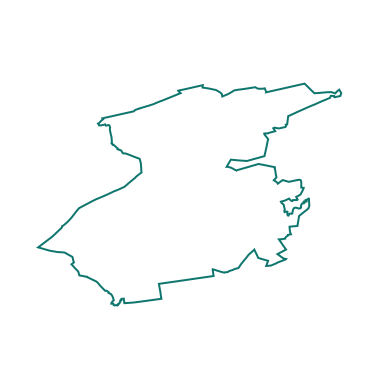 Viesatu pag., Jaunpils, Latvia (Equal Earth projection), rotated 354°
{"feature_id": "27541924B50646046706216", "entity_name": "Viesatu pag.", "entity_type": "district", "adm_level": 2, "iso_a3": "LVA", "parent_name": "Latvia", "parent_adm1": "Jaunpils", "projection": "equal_earth", "projection_center": [22.874, 56.816], "detail": "fine", "context": "isolated", "style": "outline", "palette": "teal", "viewbox_px": 384, "rotation_deg": 354, "n_neighbors": 0, "source": "geoboundaries", "source_scale": "gbopen_adm2", "svg_char_len": 5756}
<svg xmlns="http://www.w3.org/2000/svg" viewBox="0 0 384 384"><g transform="rotate(354 192 192)"><path d="M110.6,109.4L111.2,110.4L110.0,111.0L106.8,113.7L105.7,114.2L106.8,115.8L106.7,116.0L107.3,116.2L107.6,116.2L109.4,116.2L112.5,115.7L112.5,115.8L113.3,117.0L115.7,116.7L116.7,117.0L117.3,119.4L116.8,121.2L116.9,122.3L117.2,125.4L117.2,125.7L117.7,128.9L117.5,135.0L117.1,135.2L118.2,136.9L118.8,136.7L123.2,141.6L122.8,141.9L125.8,143.2L127.1,145.9L127.3,146.3L129.8,146.7L132.4,147.9L139.5,151.6L143.4,153.5L144.1,157.7L144.0,162.7L143.8,165.3L143.8,166.5L143.9,167.3L140.5,169.3L140.4,169.4L137.9,171.0L137.6,171.5L130.8,176.0L125.5,179.7L121.3,181.2L117.5,182.4L114.6,183.1L112.3,184.0L105.5,186.3L100.3,187.9L97.4,188.8L97.1,188.8L93.9,189.9L78.1,196.2L75.2,198.9L69.3,205.1L65.2,208.7L60.6,211.9L59.2,212.4L58.8,213.8L50.9,219.9L47.7,222.2L40.3,226.7L33.2,231.0L44.4,235.5L52.1,237.7L56.0,238.3L59.0,238.9L61.5,240.7L66.2,244.0L66.5,244.9L66.6,246.9L67.2,249.7L64.6,251.3L66.1,253.3L67.1,254.8L69.2,257.5L69.9,258.4L70.5,259.1L71.3,263.2L75.9,264.5L76.5,264.8L77.9,265.1L78.6,265.3L78.5,265.5L80.7,266.8L82.7,268.1L85.1,269.5L86.6,270.5L87.3,270.9L87.6,271.1L87.9,271.4L88.7,272.4L89.1,272.8L90.9,275.6L95.3,281.2L96.7,281.2L98.8,283.1L98.5,283.7L100.9,285.2L102.1,287.6L102.4,289.1L102.9,291.4L101.3,292.7L100.2,294.0L100.1,294.6L100.6,294.6L100.9,294.8L101.3,294.7L101.5,294.7L101.9,294.7L102.0,294.8L102.1,295.0L102.1,295.3L102.3,295.7L102.3,296.0L102.3,296.3L102.6,296.5L102.8,296.7L103.2,296.7L103.6,296.6L104.1,296.6L104.4,296.6L104.5,296.6L104.9,296.6L105.6,297.1L105.8,297.1L106.5,296.8L106.6,296.7L106.6,296.4L106.7,296.1L106.6,295.8L106.7,295.7L106.9,295.7L107.2,295.6L107.5,295.6L107.9,295.5L108.0,295.4L107.9,295.3L108.0,294.9L108.3,294.6L108.5,294.2L109.0,293.9L109.2,293.7L109.3,293.6L109.3,293.4L109.4,293.2L109.2,292.7L109.3,292.5L109.4,292.4L109.8,292.4L110.3,292.4L110.5,292.3L110.5,292.1L110.4,292.0L110.2,291.9L109.9,291.7L110.1,291.4L110.3,291.3L110.4,291.2L110.7,290.9L113.0,290.9L113.1,295.5L118.3,295.7L123.2,295.8L134.6,295.5L150.4,295.0L150.2,291.8L150.1,287.5L150.0,287.4L149.5,279.9L176.4,278.9L191.5,278.3L204.7,277.8L204.4,271.2L204.5,271.0L208.5,272.7L209.1,273.0L212.8,274.5L214.1,275.0L215.8,275.6L216.1,275.3L219.1,275.4L220.7,274.5L224.4,273.8L226.4,273.0L230.2,272.5L233.6,268.5L235.8,266.3L239.2,263.0L241.4,260.7L241.8,260.3L247.8,256.0L248.0,255.8L248.7,258.0L249.4,259.8L251.0,264.5L260.5,268.4L258.1,273.3L259.5,273.4L262.1,273.4L262.8,273.4L263.5,273.2L267.2,272.1L268.1,271.8L270.4,270.9L271.2,270.7L272.3,270.4L273.5,270.1L275.3,269.6L277.9,268.9L278.4,268.7L278.6,268.5L276.1,267.7L270.5,262.7L279.5,259.1L276.7,254.1L275.6,252.0L274.7,250.4L273.5,248.2L275.7,248.3L276.8,248.3L279.8,248.1L279.8,247.6L281.0,246.3L282.7,245.5L282.9,244.7L286.0,244.4L285.3,242.0L285.3,238.6L285.4,236.7L287.4,236.7L293.3,236.8L296.0,227.0L306.0,220.6L307.2,218.0L307.6,210.9L307.0,210.7L306.7,211.0L306.1,211.5L305.7,211.7L305.3,211.8L304.7,211.7L304.0,211.9L303.9,212.1L304.2,212.3L305.0,212.9L305.0,213.4L304.6,213.5L303.8,213.5L302.6,213.2L302.1,213.2L301.9,213.7L302.4,214.4L302.5,214.7L302.0,215.0L301.3,214.7L300.5,214.9L299.4,216.0L298.8,217.6L298.8,218.9L298.3,219.4L297.5,219.6L297.1,219.6L296.3,219.5L294.7,218.8L293.8,218.5L293.0,218.4L292.2,218.5L291.9,218.7L291.3,219.1L290.5,220.6L290.1,221.7L290.1,222.2L289.7,222.7L289.5,223.8L289.0,224.1L288.1,223.9L287.3,223.7L287.0,223.7L286.4,224.1L286.0,224.6L285.6,225.5L285.3,225.6L285.0,225.5L284.5,224.6L284.6,222.5L284.9,221.7L284.5,221.4L283.0,221.4L282.1,221.8L282.0,221.7L281.8,221.3L281.8,221.0L281.8,220.7L282.0,220.1L282.1,219.8L282.3,219.4L282.4,219.2L282.5,219.0L282.5,218.9L282.4,218.5L282.4,218.4L282.2,217.5L281.9,214.4L281.8,214.1L281.2,213.5L280.2,212.4L279.8,211.9L279.4,210.9L283.2,210.3L287.9,208.7L289.3,210.7L290.6,211.5L291.8,210.8L291.8,210.6L295.4,211.0L295.5,211.0L296.2,210.6L295.1,207.8L297.6,206.8L299.6,205.9L300.1,205.2L300.8,204.1L301.3,203.4L303.1,200.6L303.5,199.6L301.1,199.0L301.4,196.6L301.6,194.9L301.6,193.7L301.7,193.0L301.6,192.7L301.5,192.1L301.4,191.6L301.2,191.5L299.6,191.0L299.4,191.0L298.3,191.1L298.0,191.2L297.9,191.1L297.0,191.2L291.4,191.8L289.3,192.0L283.4,189.6L278.2,192.7L277.5,191.3L276.2,190.1L275.8,189.9L274.6,188.8L277.5,186.3L277.3,183.8L277.2,183.7L277.1,179.4L276.7,177.6L276.9,177.5L277.0,176.0L264.5,172.1L261.0,171.1L246.6,173.7L238.6,175.1L238.4,175.3L235.8,173.6L233.5,172.0L233.1,171.8L231.0,171.0L230.6,170.8L229.1,170.6L234.0,163.9L241.4,165.4L249.9,166.9L267.8,163.9L270.8,155.0L272.4,149.8L273.3,147.3L271.2,144.2L270.1,142.3L269.9,141.5L271.4,141.3L271.6,141.4L273.2,141.7L273.5,141.5L275.6,141.1L281.1,140.2L279.5,137.1L280.7,136.6L285.1,137.9L291.7,137.1L292.5,136.1L292.3,134.9L293.7,134.7L295.6,126.6L298.2,125.8L302.3,124.4L302.6,124.3L305.2,123.4L312.3,121.1L320.1,118.6L322.4,118.0L322.5,118.0L325.8,116.9L329.7,115.6L332.7,114.7L335.2,114.0L338.6,112.9L339.1,112.7L340.1,110.9L343.4,111.4L343.3,112.2L343.8,112.7L349.5,112.0L350.8,109.3L349.1,105.6L347.1,106.9L346.2,107.6L344.7,108.9L343.3,108.2L340.5,107.1L339.3,107.1L337.1,106.9L329.8,106.8L324.1,106.6L321.2,103.2L315.3,96.0L276.2,100.6L276.3,100.4L275.6,98.0L275.2,96.5L273.0,96.7L269.1,96.3L267.9,95.9L265.9,94.4L260.4,94.7L254.0,95.0L248.5,95.1L244.5,95.4L242.6,96.4L238.1,98.4L232.1,100.2L232.0,98.7L231.8,97.5L231.0,96.6L230.7,96.2L230.3,95.8L229.3,95.1L228.0,94.1L227.0,93.4L226.7,93.2L225.3,92.7L225.1,92.6L224.7,92.5L219.8,90.9L213.4,89.2L213.9,86.9L204.5,88.0L199.5,88.6L194.4,89.2L188.9,89.8L189.0,90.0L189.7,91.0L191.0,92.5L171.6,98.1L170.4,98.3L162.4,100.7L159.0,101.4L151.7,102.8L148.4,103.4L148.5,103.5L144.3,104.4L142.4,105.7L113.0,109.1L110.6,109.4Z" fill="none" stroke="#0f766e" stroke-width="2"/></g></svg>